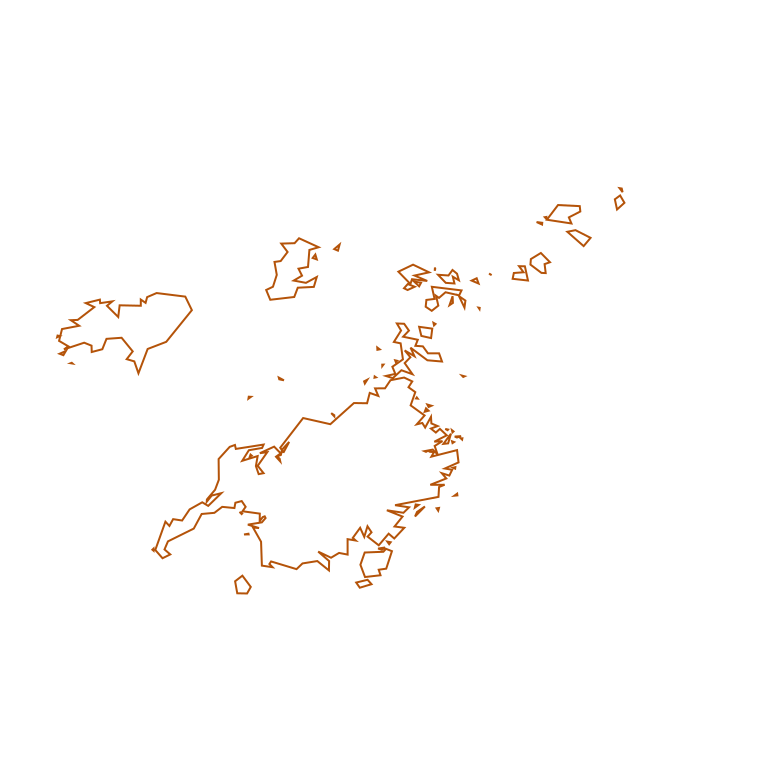 the district of Balboa, Panama, rotated 69°
{"feature_id": "35544464B8680648562753", "entity_name": "Balboa", "entity_type": "district", "adm_level": 2, "iso_a3": "PAN", "parent_name": "Panama", "parent_adm1": "", "projection": "natural_earth1", "projection_center": [-78.983, 8.439], "detail": "fine", "context": "isolated", "style": "outline", "palette": "amber", "viewbox_px": 768, "rotation_deg": 69, "n_neighbors": 0, "source": "geoboundaries", "source_scale": "gbopen_adm2", "svg_char_len": 6219}
<svg xmlns="http://www.w3.org/2000/svg" viewBox="0 0 768 768"><g transform="rotate(69 384 384)"><path d="M391.5,545.6L387.5,545.0L387.4,550.6L394.8,565.3L414.2,572.5L422.2,579.6L428.3,590.7L430.4,591.7L426.4,584.8L427.6,575.0L434.8,591.8L429.3,596.1L431.4,610.4L439.1,621.4L434.6,629.3L439.6,635.2L434.2,637.4L457.0,657.0L467.3,653.2L466.5,644.6L459.8,648.2L453.5,642.1L450.8,613.4L440.0,600.8L443.5,588.5L440.7,579.1L446.2,568.1L441.6,565.3L442.3,558.8L449.1,557.2L452.1,561.7L460.5,546.4L467.5,549.2L464.8,544.9L464.8,542.8L466.7,542.6L469.4,547.6L466.5,561.5L473.7,552.3L471.1,557.7L487.2,555.3L509.8,563.1L515.1,553.7L511.0,555.5L509.2,553.0L525.5,532.0L522.3,524.4L525.4,509.7L538.3,502.2L529.6,498.7L516.9,505.5L527.2,495.7L525.6,486.5L530.2,479.1L515.8,473.6L520.0,466.5L516.5,468.3L509.7,457.8L519.6,457.2L510.9,450.4L518.0,448.8L520.6,454.0L532.7,446.7L525.4,433.3L531.9,429.8L525.5,416.6L520.8,425.2L514.4,414.2L502.9,426.6L511.2,412.0L508.1,404.8L501.1,417.1L508.9,373.6L499.9,369.5L499.8,363.5L494.7,376.9L494.5,359.7L488.0,362.0L492.9,355.8L488.5,351.1L484.7,357.5L483.9,342.5L471.9,339.5L468.8,365.8L465.5,361.7L463.7,365.5L462.1,366.8L462.4,369.1L461.2,370.3L462.7,362.0L468.9,359.2L460.0,358.9L458.3,349.9L455.9,357.7L454.4,343.8L445.9,347.9L447.9,353.0L442.4,356.2L442.5,349.0L437.8,353.9L431.5,351.9L439.4,361.2L434.1,362.2L433.4,367.9L427.9,357.4L413.5,366.8L402.8,357.7L395.8,362.3L391.7,356.7L385.2,362.9L382.8,376.6L388.4,384.6L384.9,393.9L393.1,393.6L387.2,400.5L395.9,406.7L391.0,418.9L402.3,448.5L386.8,471.7L406.3,503.7L409.9,502.8L408.3,501.9L404.1,493.3L411.6,502.0L410.4,503.8L413.3,505.7L413.2,509.8L416.4,508.2L419.1,508.6L413.2,510.9L411.7,505.3L403.1,509.0L404.1,524.7L405.8,517.4L415.1,531.2L424.1,528.4L423.2,533.3L414.7,533.0L406.0,527.8L404.9,543.9L397.4,533.9L400.0,520.7L397.4,518.1L391.5,545.6ZM246.2,536.9L231.2,538.2L217.6,563.7L218.0,574.0L222.8,577.5L218.0,580.8L223.8,583.0L215.8,602.6L226.2,608.1L211.7,614.6L209.5,608.0L206.8,620.0L203.4,619.0L201.6,633.4L208.4,626.9L214.4,647.0L212.2,653.5L220.4,647.7L217.3,664.9L227.3,671.9L235.7,665.2L237.0,670.4L238.0,649.1L243.4,643.3L249.4,645.4L250.6,634.5L242.4,626.9L246.8,612.4L263.5,606.9L268.6,615.3L273.4,609.0L286.0,609.4L266.6,592.1L266.6,572.2L246.2,536.9ZM232.9,396.0L217.5,411.1L220.5,417.0L216.1,429.6L226.2,426.7L232.2,436.4L230.8,442.5L243.7,445.0L253.4,452.8L254.0,460.3L264.6,460.0L270.6,436.6L263.2,430.0L268.2,414.7L260.0,408.4L261.6,420.6L255.1,431.2L253.5,421.7L245.7,422.5L247.5,413.0L232.1,405.6L232.9,396.0ZM383.8,321.8L375.1,321.6L371.1,332.0L362.8,334.2L359.6,341.0L354.8,336.6L346.7,349.2L343.1,341.6L335.0,343.6L332.1,350.3L340.2,348.9L348.3,359.7L352.0,353.9L367.8,357.5L370.9,370.0L378.6,369.8L377.2,379.3L381.7,373.7L377.4,362.8L385.1,353.9L371.9,357.2L368.5,349.8L360.1,352.6L369.0,345.6L359.6,346.2L377.4,335.0L383.8,321.8ZM557.2,448.1L542.9,436.5L538.6,441.2L540.4,444.7L534.4,462.4L544.3,470.8L557.4,470.9L561.3,455.8L555.5,455.5L557.2,448.1ZM288.1,137.5L279.3,157.4L289.0,173.1L301.3,151.5L294.7,151.7L293.3,138.9L288.1,137.5ZM295.9,301.9L283.0,314.1L284.3,330.3L300.1,323.5L296.2,320.3L303.3,306.7L293.7,316.6L295.9,301.9ZM320.4,293.7L328.2,282.1L324.4,278.1L310.4,304.5L322.7,306.3L320.7,314.3L326.8,317.4L332.8,313.2L330.3,305.2L320.3,303.8L323.3,301.8L320.4,293.7ZM329.8,185.4L317.9,190.6L320.0,202.1L325.0,204.5L336.7,197.2L338.4,193.3L329.6,191.1L329.8,185.4ZM525.7,581.1L512.2,584.9L514.8,593.7L526.8,596.0L530.5,586.9L525.7,581.1ZM314.0,276.9L307.2,276.3L302.1,279.2L305.8,284.9L301.4,294.4L311.7,290.1L315.4,282.2L308.5,281.3L314.0,276.9ZM321.6,138.8L309.0,150.1L307.6,158.3L326.8,148.2L321.6,138.8ZM358.0,323.6L349.6,319.1L343.2,330.7L352.5,331.9L358.0,323.6ZM339.0,212.5L324.6,210.3L322.4,215.7L329.7,213.7L326.9,223.0L331.9,226.2L339.0,212.5ZM301.0,94.6L292.6,96.0L294.3,102.3L304.6,103.9L301.0,94.6ZM566.4,467.4L560.9,469.5L559.4,481.1L565.5,479.6L566.4,467.4ZM341.5,281.5L335.3,278.1L328.9,282.5L341.5,281.5ZM243.0,379.2L237.9,375.5L240.2,382.1L243.0,379.2ZM462.4,345.4L454.4,339.3L461.2,350.0L462.4,345.4ZM301.8,331.0L304.7,328.3L304.2,320.5L299.2,326.0L301.8,331.0ZM324.1,259.7L318.5,259.6L318.9,265.1L324.1,259.7ZM287.5,183.5L291.8,179.3L290.2,178.5L287.5,183.5ZM518.8,402.5L513.0,389.7L515.3,399.0L518.8,402.5ZM333.0,290.6L326.6,288.5L333.9,294.6L333.0,290.6ZM305.4,316.2L302.8,313.2L299.1,319.2L305.4,316.2ZM242.2,673.0L239.2,669.2L239.5,676.0L242.2,673.0ZM458.4,336.8L460.1,335.1L460.3,330.7L458.4,336.8ZM243.6,402.1L238.5,401.7L240.8,405.4L243.6,402.1ZM376.7,401.7L374.0,398.1L374.4,401.6L376.7,401.7ZM342.1,480.1L344.7,476.1L340.3,479.9L342.1,480.1ZM538.0,445.3L537.0,441.6L535.5,448.5L538.0,445.3ZM396.4,442.0L395.3,441.6L392.3,443.7L396.4,442.0ZM513.5,358.3L514.3,355.4L512.6,355.0L513.5,358.3ZM349.1,515.8L348.3,512.8L347.4,514.8L349.1,515.8ZM424.5,355.9L424.9,352.0L421.8,353.5L424.5,355.9ZM532.3,437.4L535.4,436.6L534.1,434.5L532.3,437.4ZM418.7,350.9L421.4,350.6L421.3,347.5L418.7,350.9ZM507.8,397.6L510.5,399.5L509.3,395.0L507.8,397.6ZM290.4,92.5L286.7,92.0L285.6,93.9L290.4,92.5ZM518.9,379.4L521.7,378.8L519.4,377.1L518.9,379.4ZM347.2,316.3L346.4,314.4L344.6,315.9L347.2,316.3ZM474.3,568.6L475.9,564.3L475.2,564.2L474.3,568.6ZM451.5,337.1L453.7,337.4L453.2,336.1L451.5,337.1ZM350.1,375.6L347.5,377.2L349.7,377.9L350.1,375.6ZM461.9,341.0L463.7,341.2L463.3,339.4L461.9,341.0ZM454.0,562.8L451.7,564.7L454.4,563.5L454.0,562.8ZM486.9,349.5L488.5,347.9L487.2,347.2L486.9,349.5ZM223.2,672.4L223.0,669.6L221.8,671.4L223.2,672.4ZM296.5,296.1L294.9,294.9L293.5,294.7L296.5,296.1ZM462.3,331.8L463.9,331.0L462.8,330.3L462.3,331.8ZM365.3,378.7L366.7,379.2L365.7,377.6L365.3,378.7ZM404.1,308.2L405.8,307.5L405.7,306.0L404.1,308.2ZM318.5,246.3L319.7,245.6L320.9,244.5L318.5,246.3ZM403.6,535.2L403.4,533.2L402.1,533.9L403.6,535.2ZM447.9,342.9L449.9,341.2L449.5,340.5L447.9,342.9ZM252.3,669.1L253.3,667.4L252.3,667.9L252.3,669.1ZM365.9,365.1L367.6,365.1L367.0,363.5L365.9,365.1ZM408.3,358.2L409.0,359.2L409.7,357.8L408.3,358.2ZM374.9,389.1L373.6,390.0L374.7,390.6L374.9,389.1ZM455.7,659.6L457.0,658.9L455.1,658.2L455.7,659.6ZM346.6,268.4L348.3,268.0L347.2,267.4L346.6,268.4ZM287.7,173.4L286.2,172.6L285.9,174.1L287.7,173.4Z" fill="none" stroke="#b45309" stroke-width="2"/></g></svg>